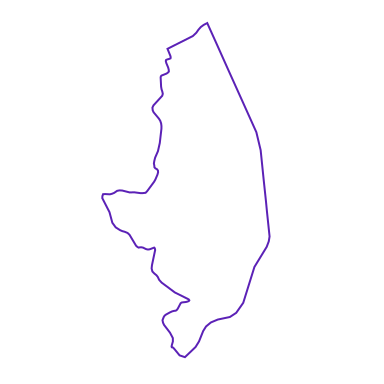 map outline of Shiselweni (Mercator projection), rotated 245°
{"feature_id": "SWZ-537", "entity_name": "Shiselweni", "entity_type": "District", "adm_level": 1, "iso_a3": "SWZ", "parent_name": "eSwatini", "parent_adm1": "", "projection": "mercator", "projection_center": [31.425, -27.036], "detail": "fine", "context": "isolated", "style": "outline", "palette": "violet", "viewbox_px": 384, "rotation_deg": 245, "n_neighbors": 0, "source": "natural_earth", "source_scale": "10m", "svg_char_len": 1926}
<svg xmlns="http://www.w3.org/2000/svg" viewBox="0 0 384 384"><g transform="rotate(245 192 192)"><path d="M142.7,251.7L118.9,243.5L114.8,240.7L110.7,236.5L97.7,216.9L69.9,191.6L63.8,181.0L62.7,173.5L65.5,161.5L65.8,154.0L64.2,147.9L61.3,143.4L53.6,135.2L50.0,129.7L45.3,115.8L49.2,111.7L58.2,109.4L59.4,108.8L59.8,108.1L60.4,108.1L61.6,108.9L64.6,111.5L67.7,112.9L73.8,112.6L83.3,110.5L85.8,110.5L88.3,111.1L90.6,113.5L91.5,114.9L91.9,116.6L92.2,121.0L92.2,123.6L91.8,125.7L91.3,127.1L91.5,128.3L92.2,129.7L96.0,134.7L96.2,135.9L95.9,137.0L94.9,139.9L94.6,141.5L94.5,143.0L95.0,143.8L96.1,143.6L108.2,134.0L122.7,126.2L126.3,125.1L129.4,125.1L131.6,124.6L134.1,123.4L136.7,122.5L139.8,123.1L142.6,124.8L155.0,134.1L156.7,134.5L157.6,134.2L157.9,130.1L158.1,128.8L158.7,127.4L159.8,126.1L162.3,124.1L163.3,122.7L163.9,121.4L164.1,120.2L165.1,119.4L166.9,118.6L179.6,117.3L182.1,116.3L184.4,114.2L186.0,112.3L187.8,110.7L192.2,107.9L197.8,106.8L208.6,108.7L224.3,108.1L226.2,109.1L227.6,110.5L226.8,112.5L224.6,116.6L224.2,118.8L224.1,121.1L224.7,124.6L224.1,127.0L222.8,129.4L217.9,135.4L216.2,139.4L212.7,144.9L211.8,146.9L210.9,149.6L211.7,151.7L217.3,162.0L218.8,164.1L222.3,168.0L224.2,169.6L225.8,170.2L227.4,169.9L228.9,168.8L230.2,168.4L232.2,169.1L233.9,169.5L236.0,170.9L238.7,173.1L243.4,178.4L250.0,183.5L262.2,191.0L264.7,192.2L267.2,193.0L269.9,193.3L272.5,193.0L280.4,190.9L282.6,190.9L285.2,191.8L286.8,193.7L291.8,205.7L293.3,207.0L295.4,207.5L297.9,207.8L300.5,208.5L309.1,212.0L310.0,212.7L310.4,213.6L310.1,218.9L310.3,220.3L310.9,221.9L312.7,222.6L314.9,223.0L319.7,223.2L321.8,223.6L322.6,224.3L322.6,225.7L322.3,227.3L322.2,229.0L323.1,229.6L324.2,229.9L332.1,230.3L332.3,236.1L333.0,258.7L334.5,263.2L336.4,266.5L337.8,269.7L338.5,273.2L338.7,277.2L314.4,276.9L288.4,276.5L248.9,276.0L219.0,275.6L200.9,271.9L173.0,262.2L152.3,255.1L142.7,251.7Z" fill="none" stroke="#5b21b6" stroke-width="2"/></g></svg>